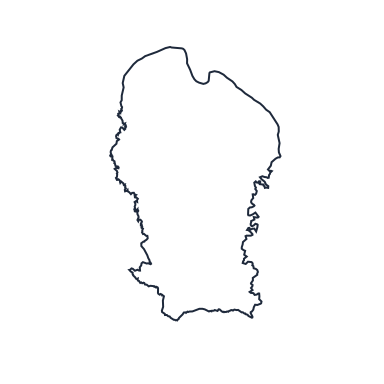 outline of Nong Bua Rawe, Chaiyaphum, Thailand, rotated 40°
{"feature_id": "78962969B25031101148047", "entity_name": "Nong Bua Rawe", "entity_type": "district", "adm_level": 2, "iso_a3": "THA", "parent_name": "Thailand", "parent_adm1": "Chaiyaphum", "projection": "mercator", "projection_center": [101.656, 15.825], "detail": "fine", "context": "isolated", "style": "outline", "palette": "slate", "viewbox_px": 384, "rotation_deg": 40, "n_neighbors": 0, "source": "geoboundaries", "source_scale": "gbopen_adm2", "svg_char_len": 6063}
<svg xmlns="http://www.w3.org/2000/svg" viewBox="0 0 384 384"><g transform="rotate(40 192 192)"><path d="M230.7,103.3L227.7,98.3L221.0,93.1L219.6,89.9L216.6,86.5L214.1,85.2L200.2,80.9L195.9,81.3L191.5,80.6L187.4,80.4L180.4,81.5L177.2,81.3L169.4,82.3L164.3,82.1L158.6,82.9L155.5,81.8L151.9,81.3L145.3,82.0L140.8,81.8L135.5,82.9L131.6,85.0L128.8,88.9L128.9,89.7L133.3,96.1L133.4,97.7L132.6,100.0L131.2,101.9L127.1,103.7L124.1,104.4L121.4,104.1L117.7,102.8L111.9,99.5L105.5,96.6L102.9,93.4L98.4,89.7L95.0,88.1L93.2,88.0L91.9,88.5L83.5,94.4L82.0,95.0L79.2,98.8L75.1,107.2L68.8,118.0L67.8,122.0L65.8,126.5L65.1,131.8L65.5,146.5L68.9,153.1L72.4,155.8L76.2,163.3L79.2,166.9L79.6,169.3L82.7,171.6L83.9,171.9L84.7,173.5L84.5,174.0L86.0,174.7L86.0,175.3L85.6,174.8L85.3,175.4L85.8,175.5L85.6,176.4L86.3,177.5L85.2,177.5L85.9,178.0L85.3,179.2L85.7,179.4L85.5,179.8L86.1,180.2L86.1,180.8L86.4,180.7L86.7,181.1L87.5,180.8L87.4,181.2L88.0,181.5L88.9,181.2L89.1,180.7L89.9,180.7L90.3,181.1L92.9,182.0L94.6,183.7L95.8,183.2L96.2,183.9L96.7,182.7L97.2,183.8L98.3,183.4L99.3,184.3L99.1,184.7L99.6,184.7L99.6,186.1L100.3,186.5L100.2,187.9L97.2,187.4L96.1,188.1L96.6,190.8L98.8,192.4L97.9,193.7L98.3,194.1L97.8,194.7L98.5,195.8L97.7,195.8L97.5,197.1L98.0,198.1L99.6,199.3L101.5,198.5L102.4,198.7L101.7,201.3L103.1,203.6L102.4,208.9L103.5,211.5L103.2,212.2L104.0,213.7L105.3,214.7L106.7,215.3L106.3,216.4L105.9,216.4L106.0,216.8L106.8,217.0L108.3,216.0L110.1,218.6L110.6,218.1L111.3,218.5L112.9,218.3L113.9,219.2L113.9,219.8L114.9,219.9L116.6,221.2L118.0,220.8L118.7,220.1L120.0,220.3L120.4,221.1L118.4,222.2L117.9,224.0L120.8,224.1L122.4,225.0L122.5,226.1L123.3,226.5L124.8,228.7L124.7,230.1L126.7,231.0L127.2,230.5L127.0,229.8L127.5,229.5L129.9,229.7L130.3,230.5L131.2,231.1L131.1,229.5L133.8,229.5L135.0,230.3L135.7,229.4L136.1,230.4L136.9,230.1L137.4,230.6L138.0,231.7L139.0,231.7L139.1,233.5L140.3,234.5L141.4,232.8L141.4,231.9L142.4,232.8L144.1,232.5L146.6,232.9L146.7,231.1L148.0,230.0L149.4,230.7L151.0,230.2L150.7,231.6L151.6,231.7L151.8,232.3L151.3,232.4L151.7,232.8L153.2,232.0L154.9,232.0L155.2,233.8L156.3,234.8L154.9,235.1L154.5,236.6L156.2,237.4L157.0,238.5L157.5,240.1L159.3,241.3L158.8,242.0L159.1,242.6L159.7,242.8L160.2,242.4L160.6,243.5L161.0,243.5L161.4,243.1L161.4,240.5L162.0,241.3L162.2,240.6L162.6,240.7L163.0,241.1L163.2,242.8L164.7,244.2L166.1,244.7L167.3,245.6L168.2,248.5L169.7,249.0L169.3,247.6L169.5,247.0L170.3,246.4L172.0,246.6L172.8,247.0L173.0,248.4L173.7,248.9L173.3,249.3L174.3,250.5L175.2,250.0L176.0,251.4L176.4,251.0L176.9,251.8L178.0,251.6L178.5,253.3L179.3,254.0L179.6,255.0L181.5,255.7L182.0,255.0L185.3,255.0L186.0,254.3L187.0,255.1L187.9,256.1L187.8,258.0L187.2,259.8L187.4,260.6L186.7,261.2L186.1,263.9L188.0,266.0L191.9,266.6L198.4,269.2L201.1,270.8L203.1,271.5L204.4,272.6L205.5,272.7L206.8,273.3L206.7,273.9L204.2,274.8L203.3,275.9L199.5,277.3L199.2,279.1L200.3,280.9L200.4,283.3L202.7,285.6L202.0,286.2L200.2,286.6L198.9,289.0L196.0,288.9L194.8,289.4L194.5,291.7L194.2,292.0L196.3,292.3L198.3,291.9L199.1,293.0L200.1,293.2L200.5,293.7L203.6,293.9L204.7,294.4L205.6,294.2L206.1,293.2L206.7,294.2L207.6,294.6L208.5,294.2L210.8,294.9L211.2,293.9L212.5,293.9L213.2,292.6L214.0,292.4L215.4,293.1L216.9,292.1L219.5,292.1L220.4,290.6L223.7,288.4L224.1,288.7L224.3,288.3L225.7,288.3L225.8,287.6L226.4,287.7L226.7,287.2L227.2,287.2L228.1,287.8L230.8,291.2L231.7,291.6L233.3,291.4L233.5,290.3L235.2,289.9L235.6,290.4L236.1,290.0L237.5,289.9L239.5,293.9L243.7,298.5L245.2,302.3L246.3,303.2L249.4,302.8L250.4,303.6L251.8,302.4L253.6,302.5L254.9,301.7L256.5,302.1L260.2,301.6L260.9,301.0L262.2,300.7L262.7,299.7L263.2,299.7L263.1,298.5L263.4,297.9L263.0,296.8L263.5,291.8L263.2,289.6L264.5,288.3L265.1,288.4L265.4,286.6L266.2,286.4L266.9,285.2L269.1,283.2L272.7,276.8L275.2,274.7L277.2,273.7L281.8,272.6L282.3,271.5L283.6,270.9L283.4,270.4L285.0,268.9L285.3,267.8L288.0,266.7L287.8,264.8L288.6,264.2L291.5,264.3L292.5,264.2L293.1,263.5L293.8,263.5L294.1,262.8L295.2,262.1L295.7,260.9L296.8,260.4L296.9,259.2L297.8,257.9L297.8,257.4L298.6,256.7L299.6,256.5L300.0,254.9L302.2,253.7L303.1,252.7L307.4,252.3L308.2,251.5L310.4,251.4L311.0,250.8L311.8,251.1L313.5,250.3L314.9,250.7L318.7,249.8L318.9,249.3L318.4,248.6L314.7,247.0L314.2,246.3L314.7,245.2L314.6,242.8L313.4,240.5L312.8,237.8L314.7,236.5L316.4,233.4L316.5,232.8L315.6,231.2L312.3,230.9L310.7,228.6L308.7,226.6L308.0,227.1L307.5,229.0L306.1,230.6L304.1,230.0L301.8,231.5L300.4,231.5L301.4,228.2L298.9,227.6L298.9,225.6L298.2,224.3L296.4,224.4L295.8,224.0L295.5,220.6L293.8,218.7L295.2,213.5L294.4,212.7L293.9,210.9L292.1,209.8L290.3,209.9L288.3,210.8L286.6,209.3L285.3,209.4L284.9,208.2L284.1,207.6L282.7,207.4L279.7,209.4L279.4,212.6L276.5,213.8L275.7,212.2L275.7,210.9L274.7,209.7L275.4,206.3L272.3,206.5L270.5,202.9L268.8,203.4L266.6,203.5L265.6,202.3L264.5,199.6L263.2,197.6L263.9,193.0L261.4,191.4L261.9,190.3L265.1,187.7L265.9,186.0L265.4,185.4L262.7,185.0L259.8,185.0L258.6,185.7L258.3,183.3L259.0,182.6L260.9,183.3L261.9,181.3L263.3,180.0L266.5,181.0L264.8,177.1L263.4,174.9L262.9,174.8L261.0,175.6L260.8,177.8L260.0,179.6L259.5,179.8L258.2,179.5L257.4,178.7L256.8,177.2L256.0,176.3L257.5,173.0L255.5,171.5L258.4,169.7L259.0,168.9L259.0,168.2L253.8,167.0L252.9,170.1L251.6,172.7L250.1,173.6L249.4,173.2L246.0,168.8L246.3,166.6L247.6,165.3L248.5,163.3L248.6,162.3L247.6,162.0L245.8,162.3L244.1,162.0L243.4,161.3L242.8,160.1L242.8,157.3L240.0,154.8L240.5,154.2L242.1,153.7L242.2,152.1L241.0,149.6L238.5,149.0L238.2,147.6L236.4,147.0L233.7,144.8L234.0,142.9L235.3,143.2L236.5,142.5L236.4,140.8L237.1,140.1L237.9,140.4L238.2,141.2L238.0,142.2L238.8,142.5L242.0,140.3L242.7,141.1L243.7,141.0L245.2,142.0L246.0,140.9L247.7,139.9L246.7,138.5L243.9,138.7L241.1,137.4L237.0,137.5L234.6,137.0L235.8,134.7L237.9,133.9L239.8,132.7L240.9,132.6L241.6,131.8L240.1,129.4L240.1,128.2L239.5,127.0L239.7,124.7L238.8,125.0L237.9,126.1L235.7,125.9L235.5,121.2L233.8,118.0L234.6,112.8L235.5,110.4L236.9,109.1L236.7,107.6L233.1,105.8L230.7,103.3Z" fill="none" stroke="#1e293b" stroke-width="2"/></g></svg>